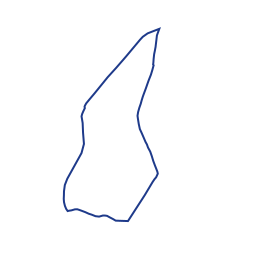 outline of Kampong Chhnang, Kâmpóng Chhnang, Cambodia, rotated 29°
{"feature_id": "14789045B67282211739519", "entity_name": "Kampong Chhnang", "entity_type": "district", "adm_level": 2, "iso_a3": "KHM", "parent_name": "Cambodia", "parent_adm1": "Kâmpóng Chhnang", "projection": "equal_earth", "projection_center": [104.678, 12.271], "detail": "fine", "context": "isolated", "style": "outline", "palette": "blue", "viewbox_px": 256, "rotation_deg": 29, "n_neighbors": 0, "source": "geoboundaries", "source_scale": "gbopen_adm2", "svg_char_len": 1255}
<svg xmlns="http://www.w3.org/2000/svg" viewBox="0 0 256 256"><g transform="rotate(29 128 128)"><path d="M176.0,159.9L176.5,157.5L176.2,153.5L174.9,152.0L172.4,149.9L169.6,147.6L166.1,144.6L162.6,141.2L158.9,137.9L155.0,135.4L152.5,133.2L150.1,131.7L146.5,128.9L142.6,125.9L138.9,123.2L135.4,119.2L132.2,115.1L130.4,112.7L129.1,109.1L128.1,104.8L127.4,100.7L126.5,97.0L125.7,93.1L125.0,88.6L124.4,84.6L123.7,80.6L123.0,76.4L122.2,70.2L121.2,65.6L120.0,60.7L119.2,60.3L118.7,59.0L118.3,58.1L116.9,55.1L115.1,50.8L114.1,47.6L112.8,43.7L111.4,40.3L110.1,37.1L108.4,33.0L107.3,26.1L102.7,31.6L99.3,35.7L96.7,41.1L95.7,45.2L91.6,66.5L88.5,81.1L85.6,93.4L83.7,104.1L82.1,113.1L80.4,121.8L79.5,126.7L79.5,129.3L79.7,130.5L80.6,131.5L80.8,135.1L81.1,137.9L81.7,140.3L85.9,145.6L90.9,153.8L97.2,163.3L99.5,172.5L99.5,194.7L99.5,198.2L99.5,201.8L100.4,208.5L102.7,214.4L104.5,217.8L106.2,221.2L108.0,223.9L110.6,226.7L113.1,228.7L115.5,229.9L116.7,228.8L118.4,227.5L121.0,224.9L123.0,223.7L124.9,223.3L128.0,222.8L131.5,222.3L135.3,222.0L138.3,221.4L142.3,220.9L145.7,219.5L148.5,216.7L150.6,215.6L152.3,215.0L155.3,215.0L159.2,214.9L162.1,215.0L165.1,213.5L173.1,209.4L175.2,178.5L175.7,163.3L176.0,159.9Z" fill="none" stroke="#1e3a8a" stroke-width="2"/></g></svg>